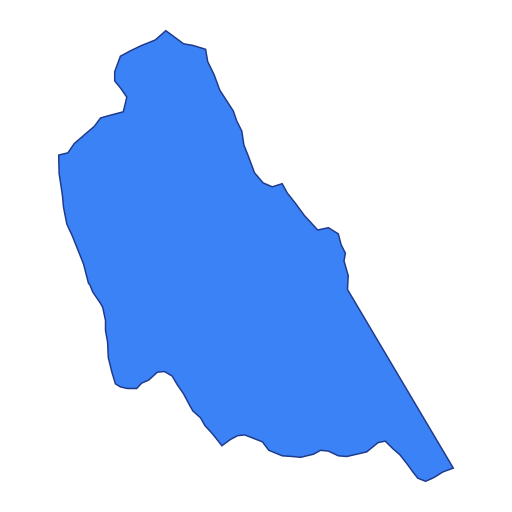 outline of Ammochostos, Cyprus
{"feature_id": "46923920B15488277877643", "entity_name": "Ammochostos", "entity_type": "district", "adm_level": 2, "iso_a3": "CYP", "parent_name": "Cyprus", "parent_adm1": "", "projection": "equal_earth", "projection_center": [33.927, 35.12], "detail": "fine", "context": "isolated", "style": "filled", "palette": "blue", "viewbox_px": 512, "rotation_deg": 0, "n_neighbors": 0, "source": "geoboundaries", "source_scale": "gbopen_adm2", "svg_char_len": 1338}
<svg xmlns="http://www.w3.org/2000/svg" viewBox="0 0 512 512"><path d="M58.7,155.1L59.1,173.3L62.4,195.1L63.5,207.1L66.8,224.0L72.4,236.1L83.5,263.9L88.5,283.3L89.9,284.9L92.7,291.9L100.5,303.4L102.7,307.3L105.5,320.4L105.5,330.5L107.6,342.1L108.3,357.6L111.9,372.2L115.4,383.8L120.4,386.9L127.5,388.5L136.7,388.5L141.7,383.1L148.8,380.0L157.3,372.2L164.4,371.5L172.2,376.1L177.2,384.6L183.6,393.9L188.5,403.2L192.8,410.9L200.6,417.9L204.9,425.6L212.7,434.1L221.9,445.7L230.4,439.5L237.5,435.7L244.6,434.9L262.4,441.8L268.8,450.3L282.2,455.8L292.2,456.5L300.7,457.3L313.5,454.2L320.6,450.3L328.4,451.1L338.3,455.8L346.8,456.5L366.7,451.9L378.1,442.6L385.2,441.1L393.0,448.8L400.1,455.0L407.9,465.0L412.9,472.0L417.8,478.2L425.6,481.3L434.2,477.4L442.7,472.0L453.3,468.1L347.5,289.5L348.2,275.6L344.0,260.9L345.4,253.2L341.1,244.7L338.3,233.9L328.4,227.7L317.7,230.0L304.2,215.3L295.7,203.7L287.2,192.9L282.2,183.7L272.3,186.8L263.1,182.9L254.5,172.8L248.2,155.8L243.9,145.0L241.8,131.1L236.8,121.1L233.3,111.0L228.3,103.3L219.8,90.2L214.1,74.7L207.7,61.6L205.6,49.3L192.8,45.4L183.6,43.8L165.8,30.7L155.2,40.0L141.7,45.4L130.4,50.8L120.4,56.2L114.7,71.7L114.7,80.9L120.4,87.9L126.8,97.1L123.3,111.8L108.4,115.7L100.5,118.0L94.2,126.5L87.8,131.9L74.3,143.5L67.9,152.8L58.7,155.1Z" fill="#3b82f6" stroke="#1e3a8a" stroke-width="1.5"/></svg>